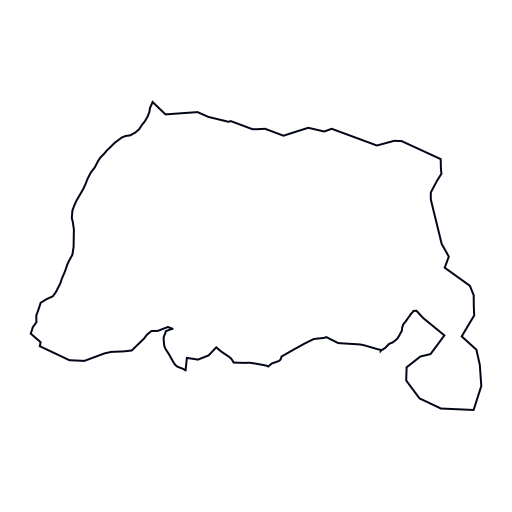 Isiala-Ngwa North, Abia, Nigeria
{"feature_id": "59680162B87049040782715", "entity_name": "Isiala-Ngwa North", "entity_type": "district", "adm_level": 2, "iso_a3": "NGA", "parent_name": "Nigeria", "parent_adm1": "Abia", "projection": "mercator", "projection_center": [7.407, 5.382], "detail": "fine", "context": "isolated", "style": "outline", "palette": "ink", "viewbox_px": 512, "rotation_deg": 0, "n_neighbors": 0, "source": "geoboundaries", "source_scale": "gbopen_adm2", "svg_char_len": 2710}
<svg xmlns="http://www.w3.org/2000/svg" viewBox="0 0 512 512"><path d="M152.6,102.0L151.8,104.0L150.0,107.9L149.4,111.9L147.7,116.4L144.8,121.4L142.0,124.8L139.1,129.3L135.1,132.7L130.0,135.4L125.5,136.0L121.6,137.6L119.7,139.1L114.8,142.7L110.3,147.2L106.8,150.5L104.0,153.9L100.6,157.3L98.3,160.6L94.8,167.4L90.9,172.4L89.0,176.0L87.4,179.2L85.7,183.7L83.4,188.7L81.1,192.7L76.5,200.6L74.2,205.6L72.4,210.7L72.0,215.6L71.8,218.0L72.8,222.0L73.4,226.1L73.9,229.3L73.8,233.8L73.8,235.3L73.7,240.6L73.6,246.8L73.0,250.8L72.4,254.7L69.0,260.9L68.6,261.7L67.2,264.8L67.2,265.0L66.5,267.0L64.9,271.6L62.0,278.3L60.3,283.4L58.0,287.9L55.7,292.4L52.8,296.3L46.6,299.1L40.7,302.7L38.0,310.9L36.3,315.4L36.4,322.2L32.8,327.2L31.6,331.2L30.7,333.6L40.6,342.2L39.8,346.2L69.4,360.2L84.3,360.9L104.8,353.3L111.3,351.9L123.5,351.4L129.9,350.7L131.7,350.5L144.2,338.4L146.9,334.7L151.4,331.0L157.7,330.9L167.9,327.0L169.8,327.7L173.2,329.0L172.0,328.9L169.4,329.8L165.8,331.2L165.4,332.9L164.3,335.5L163.8,336.8L163.6,338.2L163.9,342.6L164.2,345.2L164.5,346.4L164.9,347.5L165.7,349.3L167.7,352.3L169.1,354.5L171.3,358.4L173.6,362.5L174.7,364.2L175.8,365.4L176.6,366.1L178.1,367.0L180.4,367.8L183.0,368.8L184.4,369.6L185.1,370.2L185.6,370.3L186.2,364.2L186.9,357.9L198.0,359.6L208.6,355.4L216.3,347.3L216.7,347.7L220.5,351.0L226.9,355.4L229.1,356.8L230.8,358.3L231.9,359.6L233.7,362.6L241.4,362.8L245.6,362.9L249.1,362.7L254.3,363.4L261.1,364.6L264.8,365.3L267.1,365.9L268.2,366.5L271.8,363.5L272.9,363.1L276.9,361.7L278.6,361.1L279.8,360.3L280.5,359.6L281.6,356.5L294.9,348.9L304.7,343.5L313.8,339.0L322.2,338.1L324.1,337.9L326.3,337.1L337.8,342.9L338.3,343.1L339.2,343.2L340.2,343.2L346.2,343.6L357.9,344.3L360.9,344.6L364.2,345.3L367.3,346.2L376.6,348.9L380.0,349.8L380.5,349.9L380.6,351.1L381.1,350.5L383.4,349.1L385.4,347.7L388.9,344.1L390.2,343.4L392.2,342.7L394.3,341.2L397.2,338.8L399.1,335.8L400.5,333.1L401.9,330.8L402.1,327.8L403.0,325.3L403.2,324.5L404.7,322.6L405.9,321.1L407.8,318.4L410.2,315.1L410.4,314.5L411.9,313.0L413.0,311.7L413.5,310.9L416.5,310.8L423.0,317.9L444.4,335.4L430.5,354.1L420.4,356.5L406.6,367.3L406.2,380.5L419.5,398.4L439.8,408.0L440.6,408.5L473.6,410.0L481.3,386.0L479.8,364.8L476.4,349.7L461.7,336.4L474.2,315.4L473.8,306.5L473.7,295.2L469.9,285.8L444.7,267.7L448.8,256.7L447.2,253.7L441.7,244.0L439.5,235.0L432.0,204.4L430.8,199.4L430.8,192.8L431.3,191.5L437.0,180.8L441.4,173.8L440.9,168.1L440.7,159.1L401.6,141.1L394.3,140.8L376.9,145.5L331.7,128.8L324.2,131.5L308.3,127.8L297.8,131.1L283.5,135.7L265.1,128.8L257.2,129.2L252.5,129.2L234.0,122.3L230.7,121.1L228.5,121.8L208.6,117.0L197.5,112.1L165.5,114.4L163.3,112.3L152.6,102.0Z" fill="none" stroke="#020617" stroke-width="2"/></svg>